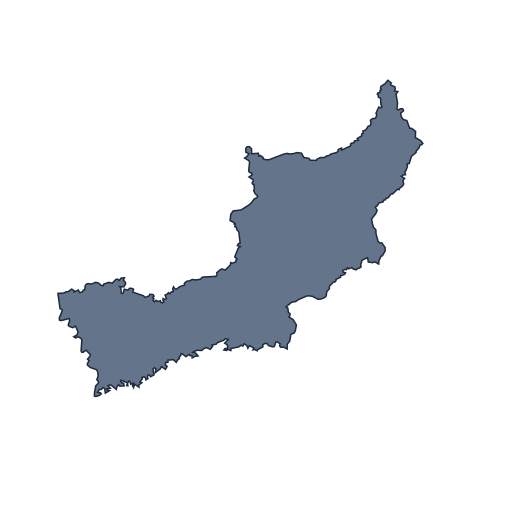 Pinheiro Machado, Rio Grande do Sul, Brazil, rotated 232°
{"feature_id": "56859067B26662322490068", "entity_name": "Pinheiro Machado", "entity_type": "district", "adm_level": 2, "iso_a3": "BRA", "parent_name": "Brazil", "parent_adm1": "Rio Grande do Sul", "projection": "natural_earth1", "projection_center": [-53.403, -31.408], "detail": "fine", "context": "isolated", "style": "filled", "palette": "slate", "viewbox_px": 512, "rotation_deg": 232, "n_neighbors": 0, "source": "geoboundaries", "source_scale": "gbopen_adm2", "svg_char_len": 6070}
<svg xmlns="http://www.w3.org/2000/svg" viewBox="0 0 512 512"><g transform="rotate(232 256 256)"><path d="M163.5,223.3L167.2,226.2L168.2,230.3L172.8,235.2L171.8,238.7L172.8,240.9L176.8,245.4L183.0,246.1L187.7,244.4L188.2,246.1L189.6,247.3L191.6,246.8L195.6,249.1L197.5,248.3L197.6,255.7L195.7,259.2L195.4,263.1L193.0,272.0L189.6,275.6L183.9,278.1L182.2,280.4L181.0,284.7L181.3,286.8L184.3,289.7L185.0,293.7L187.0,295.2L187.8,300.9L186.9,302.3L187.4,304.0L188.3,304.6L187.2,309.5L188.3,310.3L187.0,314.6L187.7,316.2L189.9,314.6L191.2,315.5L190.8,317.6L189.5,318.8L190.5,320.8L188.9,321.1L187.9,324.3L185.7,324.7L183.4,326.5L183.6,328.4L182.7,330.4L182.8,332.2L184.5,332.9L187.4,337.0L186.0,342.9L182.2,340.8L179.1,343.6L178.2,346.1L174.1,347.7L176.7,350.1L178.8,354.4L178.4,355.8L180.6,361.1L183.4,363.0L189.0,363.2L189.9,361.7L192.3,361.2L199.6,364.2L202.7,366.5L206.5,366.3L209.9,367.7L214.0,369.9L215.6,376.4L217.4,379.6L221.1,380.0L220.9,382.7L222.2,385.4L220.4,389.3L221.3,391.0L220.6,392.8L221.5,394.4L220.5,395.7L221.7,400.6L220.8,401.8L221.5,408.7L220.2,409.5L221.1,411.7L220.8,413.7L221.7,416.7L224.4,417.9L225.4,419.1L225.6,420.9L229.3,419.6L229.2,422.0L228.0,423.8L231.0,425.4L231.0,426.8L233.2,430.3L235.6,432.0L234.5,433.6L238.9,440.0L239.0,445.8L240.0,446.7L240.9,451.3L242.5,453.5L241.7,455.1L242.0,456.8L245.5,456.8L251.2,454.5L256.0,458.5L260.9,457.2L262.1,455.7L269.9,458.3L272.8,456.1L276.0,456.2L279.4,457.8L279.6,461.6L280.7,462.2L281.9,462.1L283.1,460.5L283.5,458.0L285.0,457.5L289.4,461.7L297.3,466.0L298.2,469.0L300.9,466.7L302.2,468.9L303.9,469.6L307.4,467.6L308.7,467.8L309.0,469.1L313.3,468.1L312.3,463.6L312.8,458.9L311.5,457.3L310.0,457.2L310.0,455.5L308.5,454.3L309.5,452.4L308.9,451.2L307.3,451.3L305.9,450.2L303.5,451.2L298.5,447.7L296.3,447.3L295.7,446.0L297.8,444.4L294.6,438.4L293.0,438.2L290.9,435.1L292.5,432.4L292.6,429.8L290.0,428.5L288.5,426.5L289.2,424.2L287.8,420.3L288.6,417.1L286.8,416.2L287.1,414.4L285.6,413.3L286.3,408.1L284.3,407.9L286.1,404.4L284.9,402.7L286.1,400.8L286.0,399.4L284.5,398.4L286.2,391.0L286.8,388.7L288.4,389.9L289.3,386.4L288.0,384.9L287.9,383.3L290.3,377.6L290.1,375.7L291.3,373.6L291.6,370.4L294.0,367.2L294.8,363.6L294.2,362.5L297.9,357.8L300.4,357.8L304.3,354.3L309.0,355.2L312.3,351.9L313.5,348.8L315.5,345.5L317.7,343.7L319.2,340.6L323.8,325.7L325.8,323.0L328.2,321.5L329.3,322.3L332.6,321.3L332.9,319.8L335.5,321.1L339.3,315.5L343.1,318.5L346.1,318.2L347.6,316.3L347.1,314.2L343.9,311.9L340.9,313.5L340.0,310.0L340.2,307.3L335.8,309.0L334.0,308.8L327.5,302.5L325.8,302.4L323.7,303.6L322.3,302.6L322.6,299.1L317.8,300.7L316.6,299.7L316.0,297.9L314.7,297.6L313.7,298.4L310.0,296.1L309.0,294.4L305.7,293.7L302.1,294.2L301.4,292.8L302.0,289.5L300.8,285.3L300.6,281.5L301.5,272.5L305.6,265.8L304.4,261.8L299.9,257.4L295.7,259.3L294.7,258.5L293.9,259.5L292.2,257.3L291.1,258.3L288.6,257.1L285.6,257.3L275.7,251.3L276.6,250.0L275.7,247.7L273.0,249.4L273.1,246.7L268.4,238.7L265.4,239.2L265.1,237.6L263.7,236.6L265.1,232.6L266.4,232.1L264.7,230.2L263.9,223.1L266.9,221.1L267.2,219.2L267.0,214.7L265.1,213.8L264.7,211.8L272.1,201.2L272.4,199.7L271.8,198.2L274.1,193.9L276.8,191.2L277.3,188.2L278.7,186.1L278.7,182.9L277.1,181.7L278.8,177.1L278.9,172.7L280.0,171.9L282.5,172.0L281.4,170.1L279.0,169.0L279.8,167.1L279.3,164.8L281.0,164.5L280.7,162.2L281.2,160.3L277.7,159.3L277.9,157.2L279.7,156.6L278.6,155.5L276.5,155.1L276.7,153.4L277.8,152.6L279.6,153.1L280.3,151.0L282.6,149.9L282.3,147.8L284.5,147.6L285.2,149.3L287.0,149.0L287.1,150.9L288.9,151.2L291.2,148.8L290.4,147.4L291.5,143.3L294.1,142.8L303.4,136.6L305.1,139.0L306.4,138.7L308.4,136.6L308.0,134.1L311.0,131.7L308.8,129.0L308.6,127.6L309.6,127.0L314.2,129.9L315.8,129.7L313.0,132.9L314.4,136.2L315.7,136.9L318.6,136.7L319.9,138.9L321.6,136.2L321.0,133.0L323.0,132.7L323.8,131.1L323.1,125.9L325.9,123.8L327.6,118.7L326.6,117.4L328.3,115.8L331.3,115.4L333.9,113.6L335.4,108.6L337.1,107.4L338.2,105.5L337.9,103.3L334.9,100.3L335.4,99.0L334.6,96.7L335.9,94.5L338.6,95.1L339.6,90.5L340.5,91.3L343.4,90.4L343.6,86.0L344.9,83.9L344.9,82.1L348.5,76.9L335.1,69.1L334.0,69.9L332.2,69.8L328.4,62.9L326.4,61.6L324.9,62.9L321.8,70.3L320.0,69.5L317.2,65.5L315.7,65.4L312.2,67.6L311.9,70.6L305.6,69.0L304.0,66.3L304.6,62.7L302.3,63.5L302.5,65.2L300.5,66.8L297.5,67.5L289.0,59.8L287.6,59.4L286.6,60.3L286.4,64.1L280.5,64.7L279.5,64.1L278.4,59.7L276.3,60.0L274.8,56.5L273.7,56.0L270.1,56.8L264.5,60.4L261.9,59.8L258.5,57.6L256.6,54.4L254.3,54.6L252.8,53.5L252.4,49.9L248.3,45.2L245.3,42.4L243.9,43.2L242.5,47.0L242.6,49.2L243.9,49.3L246.1,47.2L247.2,50.6L246.1,52.1L246.5,54.5L244.6,55.1L240.7,52.8L240.1,57.6L241.6,56.3L243.1,56.5L241.4,59.8L244.9,59.5L244.2,62.1L236.9,63.8L238.1,65.1L239.3,68.5L237.3,68.6L234.8,72.1L237.2,73.4L239.0,72.0L240.5,72.0L241.3,73.0L236.7,76.0L234.8,76.4L235.8,78.7L234.7,79.3L232.1,78.3L231.3,80.9L229.9,78.9L227.6,78.5L229.8,81.3L224.7,83.0L226.6,84.3L226.4,88.0L228.2,87.0L229.2,90.8L230.5,91.4L229.8,93.4L228.0,93.9L226.1,93.0L225.9,95.4L227.8,96.2L228.7,97.6L227.9,98.7L225.8,98.6L225.1,102.3L230.3,105.2L230.5,107.1L229.0,107.7L226.1,104.9L226.0,111.0L227.0,113.4L222.4,114.9L223.7,118.0L225.9,117.6L227.8,119.2L226.4,121.2L228.2,122.5L225.2,127.0L221.3,127.7L222.4,130.6L222.3,132.5L223.6,133.1L223.9,135.5L225.0,136.3L224.6,137.6L219.8,138.8L219.6,142.8L218.0,142.7L217.0,144.2L215.0,143.0L214.5,146.3L212.9,148.8L216.5,148.8L219.1,146.9L218.2,151.2L215.0,155.0L215.1,158.5L214.2,160.6L210.6,162.5L211.5,166.2L213.0,166.6L211.0,170.4L211.4,172.5L209.4,178.8L209.8,180.9L207.3,182.8L206.6,177.6L203.8,178.7L201.7,177.7L200.9,176.5L202.2,174.5L201.7,172.8L199.7,174.6L199.7,176.4L197.0,177.9L198.5,179.4L195.0,186.3L194.8,189.5L193.1,190.1L194.2,192.7L190.9,193.6L188.3,192.8L189.4,195.7L184.7,197.6L183.9,195.9L183.3,197.3L180.6,198.5L181.2,199.9L180.1,205.5L181.7,206.4L181.8,208.6L180.4,210.7L177.7,210.7L174.1,213.2L173.4,214.7L176.0,218.8L175.3,219.9L171.9,220.9L170.7,219.3L168.9,219.3L167.0,221.8L163.5,223.3ZM234.8,76.4L233.5,74.3L232.6,75.1L234.8,76.4Z" fill="#64748b" stroke="#1e293b" stroke-width="1.5"/></g></svg>